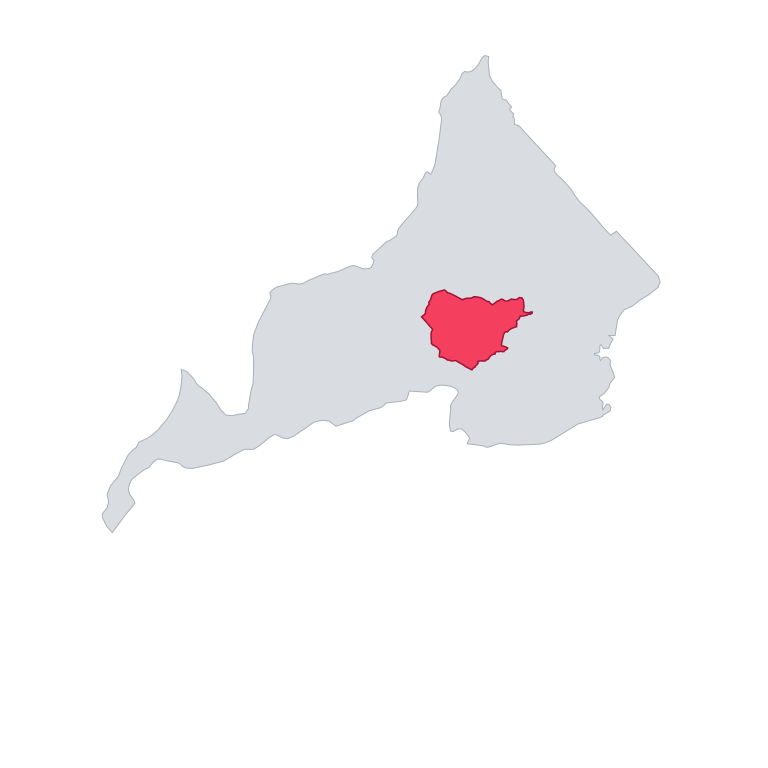 Mbam-et-Kim, Centre, Cameroon (highlighted), rotated 227°
{"feature_id": "32672807B95944109326060", "entity_name": "Mbam-et-Kim", "entity_type": "district", "adm_level": 2, "iso_a3": "CMR", "parent_name": "Cameroon", "parent_adm1": "Centre", "projection": "natural_earth1", "projection_center": [11.781, 5.302], "detail": "fine", "context": "in_parent", "style": "filled", "palette": "rose", "viewbox_px": 768, "rotation_deg": 227, "n_neighbors": 0, "source": "geoboundaries", "source_scale": "gbopen_adm2", "svg_char_len": 5820}
<svg xmlns="http://www.w3.org/2000/svg" viewBox="0 0 768 768"><g transform="rotate(227 384 384)"><path d="M211.3,522.1L212.6,518.0L222.4,498.8L228.6,468.2L231.4,461.0L234.3,456.2L248.5,439.8L253.8,434.6L261.5,428.6L267.0,416.6L268.8,415.4L271.2,414.4L283.5,404.2L284.6,406.2L285.4,408.6L286.3,409.7L290.2,410.5L295.7,410.5L298.8,409.7L300.5,407.7L302.2,402.1L303.2,401.0L304.5,400.7L310.4,404.6L320.2,415.8L322.7,417.8L323.8,419.9L325.9,430.0L327.1,432.6L329.2,433.6L333.1,432.9L337.0,431.1L340.5,428.5L344.0,425.2L346.3,422.2L347.3,420.0L347.8,411.7L348.6,409.9L361.4,397.9L361.1,396.8L359.0,393.4L357.1,389.7L359.0,385.9L361.0,382.9L368.4,373.0L368.8,365.7L374.7,354.4L378.1,339.4L378.2,336.6L385.9,320.1L394.0,318.6L397.2,316.3L400.8,312.2L403.1,308.4L404.2,304.7L405.0,297.8L406.4,289.8L407.3,282.8L409.7,276.3L413.8,273.1L420.8,270.4L421.9,269.1L422.9,264.8L423.9,250.6L425.1,244.2L431.6,237.1L434.5,226.0L437.0,214.3L444.5,200.2L453.1,186.1L457.1,182.3L460.5,180.6L464.5,180.4L467.1,179.4L476.5,172.4L480.4,170.0L483.2,167.6L483.9,165.4L484.2,162.3L483.3,155.1L484.9,149.8L485.8,141.5L486.2,135.1L485.9,132.9L484.1,129.1L481.3,125.1L476.6,122.7L470.2,122.0L466.8,120.6L465.5,113.2L465.1,108.5L460.7,84.0L468.8,84.1L478.6,87.0L481.1,89.2L482.4,97.6L485.9,102.4L492.2,106.3L496.1,114.4L497.6,126.6L501.1,133.9L501.8,135.1L506.7,149.0L507.1,155.3L506.6,159.6L508.6,165.0L505.7,174.1L504.8,179.7L504.5,187.5L506.3,201.3L509.2,212.0L512.4,220.6L515.8,227.3L521.4,234.7L527.4,241.5L533.0,245.7L527.8,248.2L517.8,248.5L512.1,247.1L509.4,247.0L506.6,247.9L495.9,249.2L485.2,248.6L475.2,246.9L469.1,247.2L464.4,251.3L460.7,257.5L457.1,262.4L458.4,267.8L461.1,270.8L466.2,277.4L470.9,283.8L473.2,288.1L482.5,297.5L491.4,305.9L495.6,308.8L497.2,309.4L502.1,314.2L508.8,322.1L515.0,334.4L523.7,359.2L525.6,361.3L528.5,362.6L528.9,365.2L528.7,369.1L527.8,372.2L520.8,385.2L514.8,390.2L513.0,393.2L510.8,400.7L505.3,415.4L502.9,417.4L497.5,427.4L493.1,440.0L491.9,441.9L490.1,443.5L483.8,446.6L481.6,448.1L478.4,452.1L478.0,454.6L479.5,458.2L481.2,461.0L484.6,461.0L486.4,463.7L486.4,483.2L484.9,486.1L485.0,487.4L484.2,490.8L484.0,494.5L484.5,496.0L485.8,497.2L487.5,499.8L488.5,505.8L490.7,526.8L491.7,530.1L493.5,532.5L499.1,537.0L504.9,543.0L506.8,546.8L507.9,553.2L510.1,558.2L510.1,559.9L509.2,560.5L505.5,561.0L506.7,564.6L509.8,570.9L524.8,590.4L539.2,607.7L542.5,609.0L545.1,609.4L546.2,610.4L547.5,612.9L552.3,619.2L553.1,622.9L552.1,626.3L553.2,631.8L554.0,633.7L553.8,635.5L554.3,642.1L555.6,647.9L557.8,652.8L557.5,656.2L554.7,658.2L553.1,661.4L552.6,665.8L553.4,671.3L555.6,677.7L555.6,681.5L552.1,684.0L548.3,679.6L544.1,676.6L537.7,671.5L531.3,669.6L523.0,669.3L519.4,669.9L513.2,665.7L511.3,665.1L508.5,666.9L506.6,666.9L504.3,666.3L499.6,666.3L499.1,663.3L498.3,662.8L493.2,663.0L491.6,660.6L491.0,660.8L489.0,660.0L484.9,656.5L480.6,658.9L471.6,658.6L426.5,658.5L425.4,655.2L423.1,653.5L419.1,653.3L407.1,654.0L397.9,653.5L391.7,652.2L384.1,651.4L374.6,652.0L364.9,652.0L347.6,651.1L338.1,651.2L338.3,653.2L337.7,654.7L337.2,658.2L275.9,658.2L270.9,655.8L269.4,654.2L268.9,651.3L267.7,651.0L268.7,638.6L270.8,628.3L271.6,618.8L274.5,610.2L273.0,601.8L271.2,598.1L261.9,586.1L266.2,581.6L260.6,582.2L259.4,577.8L256.7,572.4L258.3,571.6L259.9,568.7L265.0,569.6L264.8,568.1L260.5,563.6L260.9,561.4L262.7,558.9L261.8,557.8L258.7,560.4L256.4,560.3L254.7,558.6L253.4,558.3L254.2,561.8L252.4,564.8L250.7,565.9L247.9,565.7L245.5,565.0L244.9,563.2L242.7,561.9L236.6,559.7L231.4,557.0L230.4,549.7L228.3,546.6L227.5,543.0L227.0,538.9L227.7,532.7L226.4,531.7L224.9,531.4L222.7,531.7L220.6,531.3L218.2,527.9L216.0,526.5L217.4,532.9L215.8,534.7L212.1,534.1L210.5,531.7L210.2,530.0L212.0,522.3L211.3,522.1Z" fill="#d9dde1" stroke="#a8b0b8" stroke-width="1"/><path d="M366.7,443.4L366.4,443.1L366.2,443.1L365.3,443.4L364.4,444.7L363.6,445.0L360.7,446.3L358.3,446.7L357.2,447.8L355.0,448.9L354.1,450.0L353.7,450.5L352.4,452.3L350.5,453.0L349.1,453.3L345.3,454.6L343.9,455.0L341.9,455.3L338.2,456.5L336.1,457.3L334.4,457.9L334.7,460.3L334.3,462.4L334.7,463.4L334.8,466.0L334.9,466.8L336.5,468.0L335.0,470.5L333.6,471.8L331.7,473.9L332.0,475.2L331.4,476.1L331.1,477.3L332.0,481.2L331.1,484.8L330.5,485.0L330.2,485.8L331.1,486.9L331.0,487.6L330.8,488.7L329.7,489.6L328.9,490.5L328.3,491.9L327.7,492.1L327.2,492.3L325.9,493.7L326.1,494.9L326.1,495.3L326.0,495.7L326.0,496.3L325.6,497.7L325.9,499.0L326.1,499.0L327.8,498.4L330.4,497.1L330.6,496.9L331.3,496.3L332.3,496.3L333.8,498.1L334.0,498.3L337.1,503.0L337.3,503.2L338.8,505.6L339.5,508.3L339.1,508.9L338.9,509.1L337.9,509.7L338.1,512.9L337.5,515.5L337.4,515.7L335.5,520.2L336.7,520.9L337.0,521.9L338.3,522.8L339.8,523.8L339.5,527.4L340.8,529.9L339.5,531.3L339.4,531.4L338.1,533.3L337.9,533.6L336.7,535.9L336.5,537.4L335.3,538.3L334.7,540.6L335.5,541.5L336.6,540.4L337.3,538.6L339.8,536.3L341.6,535.6L342.7,536.1L342.9,536.3L345.1,539.1L348.2,541.6L348.4,541.7L350.5,543.2L350.9,543.2L352.9,543.6L354.9,542.0L355.0,541.4L355.3,538.6L356.7,537.2L357.4,536.4L359.3,535.1L360.0,532.3L361.0,530.0L361.5,529.6L361.9,529.3L364.2,528.7L365.2,528.4L366.3,527.1L366.5,525.2L366.7,524.6L367.4,523.3L367.4,522.7L367.6,520.6L368.0,517.3L370.8,516.7L372.4,517.1L372.9,516.8L374.7,515.4L377.8,514.8L380.8,513.8L382.9,512.4L385.6,510.3L386.5,509.3L387.2,506.4L388.8,504.8L390.5,502.7L391.9,499.8L392.0,498.8L400.6,495.9L405.3,494.1L407.4,492.7L409.6,492.8L411.6,492.3L412.7,490.1L414.2,487.5L416.4,481.6L416.4,480.0L415.6,478.4L413.7,475.1L413.2,472.4L411.6,471.4L410.8,467.5L409.0,464.0L408.1,463.4L407.2,461.6L407.4,459.5L407.5,457.2L401.9,457.2L398.4,457.1L393.9,456.8L390.8,456.9L389.8,454.4L389.2,453.3L386.0,450.3L384.0,448.6L382.7,447.7L381.6,446.4L379.7,446.2L377.7,446.9L374.6,447.9L372.6,447.9L370.4,447.8L366.7,443.4Z" fill="#f43f5e" stroke="#9f1239" stroke-width="1.5"/></g></svg>